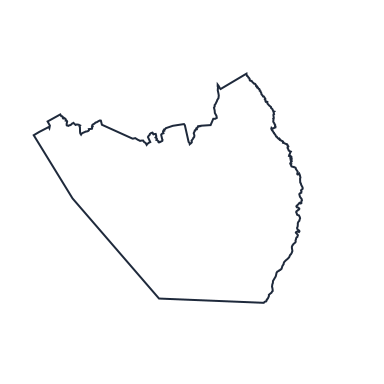 Santa Rosa, Catamarca, Argentina, rotated 151°
{"feature_id": "61730980B62858565899892", "entity_name": "Santa Rosa", "entity_type": "district", "adm_level": 2, "iso_a3": "ARG", "parent_name": "Argentina", "parent_adm1": "Catamarca", "projection": "robinson", "projection_center": [-65.467, -28.089], "detail": "fine", "context": "isolated", "style": "outline", "palette": "slate", "viewbox_px": 384, "rotation_deg": 151, "n_neighbors": 0, "source": "geoboundaries", "source_scale": "gbopen_adm2", "svg_char_len": 5869}
<svg xmlns="http://www.w3.org/2000/svg" viewBox="0 0 384 384"><g transform="rotate(151 192 192)"><path d="M302.9,318.4L299.6,244.3L272.5,114.8L183.0,60.3L181.8,60.7L180.7,60.6L180.4,60.4L179.6,60.7L178.8,61.6L178.2,61.6L177.8,62.0L177.1,62.2L175.9,63.1L175.1,63.8L174.6,64.8L172.3,65.3L171.5,65.3L170.2,66.1L169.4,66.3L168.7,67.8L168.1,69.5L168.0,70.3L166.5,72.3L165.4,73.2L164.3,74.9L159.7,77.6L158.1,79.3L157.4,80.2L156.0,81.0L154.2,80.9L153.7,81.2L152.5,81.0L152.1,81.3L151.2,81.3L150.8,81.5L149.5,82.8L148.9,83.4L146.8,84.5L146.4,85.2L145.2,86.1L142.8,86.8L141.0,87.1L138.7,87.8L136.8,89.3L136.3,89.5L135.8,89.5L134.0,90.6L133.7,91.0L132.8,91.7L131.7,94.8L131.1,95.8L129.9,96.7L128.9,97.0L128.6,97.3L126.0,97.8L125.4,98.3L124.9,99.5L124.1,100.1L123.3,101.1L122.5,101.6L121.7,101.6L120.8,102.5L120.5,102.7L120.3,102.9L120.3,103.6L120.9,106.1L120.6,106.4L119.4,106.5L118.6,106.0L117.8,105.1L117.2,105.4L117.0,105.7L117.0,106.1L117.2,106.8L117.6,107.4L117.8,108.8L117.6,109.5L117.3,109.9L116.5,110.4L116.2,110.8L115.3,112.1L114.6,113.4L113.3,114.4L112.0,114.8L111.3,115.7L110.2,116.6L109.9,117.8L109.8,119.7L111.0,120.9L111.0,121.7L110.7,122.6L110.8,123.5L110.2,124.4L109.9,124.5L108.5,124.6L107.8,124.9L107.0,124.8L106.3,125.2L106.2,125.6L106.6,126.6L106.9,127.2L107.7,127.8L107.7,128.8L107.4,129.1L104.7,129.8L103.3,130.4L103.1,130.4L102.9,130.1L102.6,129.3L102.3,129.2L101.8,129.3L101.8,129.5L101.0,130.4L100.9,130.9L99.8,131.5L99.7,132.2L99.5,132.7L99.9,135.5L99.2,138.1L98.4,138.5L96.8,138.4L96.6,138.9L96.1,139.2L95.9,140.5L95.2,140.9L94.1,140.9L93.5,141.4L93.1,142.3L93.0,145.6L92.8,146.1L92.6,146.8L92.8,147.7L91.0,151.3L90.2,152.0L89.5,154.4L89.3,156.1L90.3,155.8L91.0,156.0L91.2,156.3L91.2,156.8L90.0,158.1L89.7,158.5L90.0,161.7L89.8,162.1L89.7,162.7L89.7,163.1L90.6,164.1L90.7,164.4L90.9,164.4L91.2,164.8L92.3,165.8L92.6,166.2L92.4,167.1L92.4,168.1L91.6,168.4L91.8,168.8L92.3,169.1L92.3,169.3L92.1,169.5L91.2,169.9L90.8,170.5L90.7,170.6L90.2,170.3L89.9,170.4L89.8,170.7L90.0,171.0L90.0,171.3L89.8,171.5L90.1,172.2L89.8,172.3L89.5,171.9L89.2,172.0L88.7,172.8L89.1,173.1L89.5,173.2L89.7,173.5L89.6,174.0L89.4,174.3L88.2,174.2L88.0,174.4L88.1,174.8L88.4,175.0L88.3,175.7L88.6,176.1L88.9,176.1L89.1,175.9L89.7,176.5L88.6,177.6L87.9,177.9L87.2,178.7L86.0,179.4L87.0,180.6L87.1,181.3L87.3,181.5L87.1,182.7L87.0,183.7L87.1,183.9L87.0,184.4L86.5,185.0L86.1,184.9L85.7,185.0L85.6,185.4L85.9,186.9L85.6,187.2L85.7,187.7L86.9,188.9L87.6,190.0L88.6,191.0L88.3,191.5L87.9,191.8L88.0,192.2L88.3,192.8L89.1,193.6L89.5,195.3L89.9,195.1L90.0,195.1L90.1,195.9L89.9,196.6L90.2,196.7L90.5,196.6L90.6,196.8L91.1,198.6L91.0,199.2L91.5,199.7L91.4,201.9L91.8,203.6L91.6,204.0L91.8,204.3L91.8,206.3L92.0,206.7L91.9,206.9L92.1,207.3L92.0,208.9L91.4,209.5L91.2,208.8L90.0,208.2L89.4,208.2L89.2,208.3L88.0,208.1L88.0,208.4L87.3,208.6L87.2,208.8L87.4,209.4L87.2,209.8L86.8,210.2L86.9,211.6L86.7,212.0L86.9,213.4L86.8,214.2L85.5,216.0L85.4,216.8L84.6,217.0L83.5,219.9L83.1,220.3L82.5,220.3L82.1,221.9L81.8,222.3L81.1,222.5L81.8,223.2L81.5,225.4L81.9,226.8L82.1,227.2L81.7,228.1L82.5,230.0L83.1,232.5L83.0,233.3L82.4,234.3L83.0,234.8L83.7,235.0L83.8,235.5L83.4,236.1L83.3,236.7L83.4,237.2L83.4,237.7L82.7,237.9L82.8,240.1L82.9,240.8L83.6,241.2L83.5,242.3L83.9,243.7L83.4,244.9L83.5,245.7L83.2,247.0L83.7,247.7L83.3,248.4L83.3,248.7L83.4,249.0L83.2,249.2L83.3,249.7L83.7,250.0L83.9,250.9L83.7,251.3L83.8,251.9L84.2,251.8L84.4,251.9L84.3,252.3L84.1,252.8L84.0,253.1L84.6,253.4L84.6,253.8L84.2,254.9L84.4,256.0L85.2,256.6L85.3,257.0L85.3,257.5L85.8,258.4L86.0,260.3L86.5,260.5L87.3,261.5L87.2,262.3L86.8,262.7L86.8,263.8L86.9,264.4L87.2,264.7L87.1,265.1L87.2,266.3L87.6,266.8L87.6,267.1L87.4,267.6L87.5,268.0L87.0,269.1L117.1,268.2L117.3,269.3L117.3,271.9L117.5,273.4L118.3,272.0L118.4,271.2L120.2,268.4L121.0,265.7L121.8,263.4L123.4,261.2L125.2,260.3L125.9,259.6L128.9,257.5L130.1,257.0L130.7,255.8L131.9,255.1L132.6,252.5L133.7,250.0L133.7,246.7L134.4,244.8L136.2,244.8L137.9,245.7L143.3,241.5L152.0,245.6L152.5,245.4L153.0,245.9L153.8,245.9L153.9,246.2L154.4,246.3L154.5,246.5L154.9,246.6L155.7,245.7L156.3,245.8L156.8,245.6L157.2,244.8L157.7,245.3L158.0,244.9L159.2,244.2L159.7,244.5L160.6,243.6L162.0,242.6L162.2,241.4L162.6,240.1L163.5,239.0L164.5,238.8L164.8,238.3L167.5,237.1L167.8,236.3L167.9,235.8L168.2,235.5L169.3,235.1L169.8,235.1L170.8,234.9L170.4,236.1L170.7,237.4L165.9,253.8L166.1,255.3L176.7,259.2L183.9,260.5L185.6,259.8L186.0,260.2L186.6,259.9L186.5,259.6L186.6,259.0L187.9,259.1L188.2,258.5L188.5,257.2L189.8,257.5L191.0,257.2L191.3,256.8L192.5,252.6L192.5,251.9L193.2,251.1L196.4,251.2L196.9,251.5L196.8,251.9L197.0,252.0L196.7,252.6L197.0,253.1L197.2,254.0L197.9,254.8L196.9,255.6L196.9,256.2L197.5,257.3L196.4,257.8L196.1,258.4L195.6,260.4L196.8,260.9L197.8,261.1L197.9,261.7L197.7,262.3L197.8,263.1L199.1,263.4L200.7,263.2L201.3,262.5L202.6,262.2L203.9,261.4L204.3,255.9L205.7,256.0L207.8,255.7L208.8,255.2L208.8,257.5L209.6,258.7L209.8,260.7L211.8,261.7L212.5,261.8L213.0,262.3L213.2,262.8L214.1,264.0L215.5,266.6L217.8,267.3L218.2,267.6L238.2,294.5L237.1,298.6L237.8,299.2L239.3,299.3L241.5,299.2L242.7,299.5L244.2,299.1L245.9,299.1L246.7,298.9L247.0,298.7L247.1,297.5L247.9,297.5L248.1,296.8L248.6,296.0L248.9,295.8L251.7,297.0L251.9,296.3L252.3,295.9L253.1,295.7L254.6,295.9L255.7,296.4L256.8,296.4L258.2,296.6L260.2,296.6L261.2,296.0L261.3,297.4L260.8,298.8L258.7,302.8L258.6,303.9L257.6,304.4L258.2,305.2L258.4,305.7L260.0,306.9L261.3,307.1L262.2,309.9L262.6,309.8L263.4,310.0L265.8,309.4L267.1,309.9L267.9,309.7L269.2,310.9L269.2,311.3L268.5,312.5L267.0,314.2L267.0,314.9L267.2,315.7L267.8,315.8L267.3,316.8L267.2,317.3L267.4,317.7L267.9,318.7L268.6,318.5L269.0,318.7L269.1,319.4L268.6,320.3L268.8,321.1L269.6,321.7L269.6,323.7L284.1,323.7L284.1,319.0L285.8,317.0L285.8,318.3L296.5,318.6L302.9,318.4Z" fill="none" stroke="#1e293b" stroke-width="2"/></g></svg>